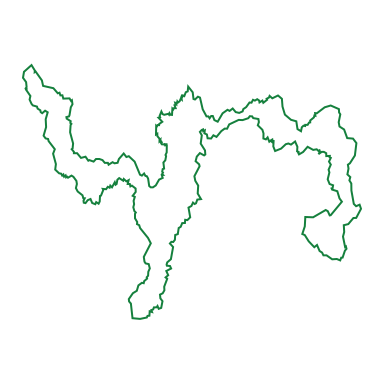 the district of Bolivar, Santander, Colombia
{"feature_id": "7082276B39966756415454", "entity_name": "Bolivar", "entity_type": "district", "adm_level": 2, "iso_a3": "COL", "parent_name": "Colombia", "parent_adm1": "Santander", "projection": "equal_earth", "projection_center": [-74.199, 6.059], "detail": "fine", "context": "isolated", "style": "outline", "palette": "green", "viewbox_px": 384, "rotation_deg": 0, "n_neighbors": 0, "source": "geoboundaries", "source_scale": "gbopen_adm2", "svg_char_len": 5986}
<svg xmlns="http://www.w3.org/2000/svg" viewBox="0 0 384 384"><path d="M168.2,275.2L166.3,271.0L171.1,268.5L170.0,266.0L166.9,265.7L166.6,264.6L167.2,262.4L170.9,259.2L173.1,247.0L169.9,243.5L171.4,241.8L173.2,242.0L174.9,239.8L175.2,235.0L177.8,234.1L178.7,228.0L180.7,226.8L182.2,223.1L184.9,223.0L185.2,219.8L187.4,220.1L190.2,217.3L188.5,207.6L191.4,206.0L193.0,202.6L194.6,204.0L196.0,203.3L197.3,199.6L201.0,199.1L197.7,193.5L198.2,185.6L195.3,180.8L194.4,176.2L199.6,166.2L199.1,164.3L195.6,161.2L196.8,156.6L199.9,153.1L204.1,155.4L205.3,154.5L205.0,150.4L200.7,143.6L201.8,135.3L199.9,131.9L201.7,130.0L203.0,129.4L203.2,131.1L204.8,130.3L204.4,133.3L206.9,134.5L207.6,138.3L211.1,138.5L213.4,135.3L216.5,136.9L221.3,131.1L224.7,128.6L227.1,128.7L229.2,124.4L238.7,119.9L242.6,120.1L248.3,118.2L249.8,116.2L252.2,116.4L253.2,118.1L258.4,119.0L258.9,122.1L257.8,125.3L262.4,129.8L263.5,133.4L263.4,138.5L265.9,139.4L267.6,137.4L269.3,141.7L270.5,140.7L271.8,141.8L271.6,139.9L272.3,139.5L272.5,140.9L273.6,141.0L273.3,146.4L275.1,151.0L281.1,148.6L285.8,144.2L288.4,143.5L291.0,144.6L295.1,141.5L297.4,146.8L297.1,151.3L298.6,151.9L298.6,152.8L297.9,152.1L299.0,154.4L303.1,152.0L307.6,146.8L313.2,149.9L316.7,149.3L318.4,150.9L319.5,150.3L320.0,151.7L318.5,154.1L321.7,151.9L323.9,151.9L326.2,153.2L326.3,156.1L329.8,155.9L329.6,157.3L330.8,157.9L329.0,161.6L330.8,164.6L328.6,169.7L329.4,172.4L327.7,179.3L329.6,184.0L333.1,185.3L332.6,188.1L331.6,188.4L332.1,189.6L337.3,191.2L339.5,198.4L341.9,201.7L330.7,215.2L329.7,215.4L327.8,211.2L325.7,210.0L313.1,217.3L305.3,217.0L304.8,226.4L302.3,234.0L304.8,235.1L308.7,241.3L314.3,247.2L317.0,245.0L319.6,251.0L322.1,252.6L323.4,255.3L326.5,255.3L332.2,259.3L336.8,259.0L340.2,260.4L341.2,257.7L342.6,257.6L344.9,250.7L346.5,248.8L345.9,246.4L345.1,247.0L343.0,236.6L344.2,232.0L343.8,225.2L348.3,224.1L353.4,218.0L356.2,217.9L361.0,208.8L359.6,204.7L356.1,206.2L353.8,203.9L351.4,190.5L351.3,183.5L349.4,180.4L350.3,177.1L347.4,174.4L348.5,168.6L347.9,164.7L349.9,163.3L354.9,155.5L356.4,143.1L353.0,138.6L347.2,138.1L344.1,129.5L339.5,126.5L338.7,122.2L340.3,114.3L339.1,112.5L338.9,109.1L330.7,105.5L324.7,107.3L316.8,113.3L315.1,113.1L315.4,115.8L314.4,115.5L313.9,117.4L310.2,120.5L310.2,122.4L309.0,122.6L307.6,124.9L305.2,124.9L305.1,126.0L303.5,125.7L301.8,127.3L301.0,131.2L297.5,129.1L296.3,121.3L291.0,119.8L284.9,114.6L282.5,106.6L281.9,98.8L278.0,95.5L272.3,98.3L269.6,95.9L269.0,97.5L266.6,98.8L267.1,99.8L263.3,102.8L262.4,100.6L259.5,102.4L259.1,100.5L257.2,99.2L254.9,100.6L253.0,99.8L251.5,102.7L249.5,102.5L246.2,107.1L243.3,109.1L242.6,111.4L239.2,112.9L235.7,112.1L232.7,108.5L229.6,110.9L227.5,109.8L222.6,113.3L217.7,121.7L214.4,120.1L212.8,116.0L211.2,116.0L209.6,118.3L208.4,116.4L206.5,116.4L202.7,109.3L200.0,97.6L197.9,96.7L195.0,99.5L193.5,99.0L192.7,92.3L188.2,86.6L187.7,91.4L185.8,92.2L184.3,96.1L183.1,95.5L182.4,96.8L182.3,94.6L181.3,97.1L181.7,99.6L180.7,98.8L179.6,101.3L178.0,102.5L177.4,101.6L177.1,103.6L176.4,101.7L176.4,104.3L175.3,103.4L175.6,104.8L174.5,105.2L175.6,108.1L174.0,108.1L173.3,109.4L172.4,108.5L172.0,114.9L170.5,114.8L169.5,113.2L169.0,114.6L168.4,113.8L164.2,114.8L162.6,114.1L161.4,111.5L159.6,116.0L160.1,117.3L158.5,117.7L162.3,121.8L159.2,124.0L159.1,125.1L157.8,125.0L157.0,126.3L156.2,125.6L156.0,134.5L157.3,133.7L157.4,136.2L159.5,138.7L159.5,141.0L160.4,139.9L160.3,141.3L161.3,141.4L161.7,142.3L160.8,142.7L161.8,144.3L164.5,144.5L164.9,143.3L164.9,144.4L166.0,144.3L165.5,145.3L166.8,145.3L166.7,152.4L165.5,155.0L166.1,156.1L165.3,160.3L163.4,162.5L164.1,168.6L162.7,169.1L162.2,171.7L163.0,172.6L162.1,174.1L163.1,175.0L161.8,175.2L162.7,177.9L159.1,179.6L155.8,185.4L153.0,187.3L150.7,187.3L149.2,186.0L148.1,178.5L146.8,176.2L145.4,175.9L144.1,173.5L141.9,175.6L140.0,174.7L134.6,161.6L128.8,156.2L126.4,157.0L123.7,153.5L118.9,159.0L117.6,162.8L114.5,163.3L112.6,162.2L108.6,164.7L107.9,162.9L104.8,162.9L102.5,160.1L99.4,159.0L96.0,159.0L93.6,161.6L89.3,160.1L88.3,160.7L85.5,156.7L81.0,157.9L77.1,153.2L73.9,153.2L73.9,151.8L71.7,149.2L72.6,148.4L73.1,143.5L70.1,132.3L70.6,125.0L71.4,123.9L70.3,122.9L70.7,121.2L66.7,118.6L66.4,117.1L69.0,116.4L69.5,115.2L70.8,107.3L72.5,104.2L71.9,100.3L71.1,101.0L69.5,98.4L63.3,98.6L62.4,95.3L60.4,95.4L59.5,92.7L57.8,93.3L53.4,88.2L43.1,85.9L41.9,80.4L35.6,71.5L34.7,72.1L34.8,70.5L31.5,65.1L24.0,71.8L23.0,77.8L26.1,82.1L26.6,87.1L25.7,88.3L26.6,89.0L26.0,89.6L30.4,96.0L29.6,99.6L31.5,103.8L32.8,105.4L37.0,106.6L37.6,108.6L40.3,110.3L40.7,112.1L42.2,113.2L45.1,110.7L47.7,112.3L45.7,119.2L46.1,127.1L43.6,135.7L45.6,138.4L48.1,139.0L48.6,141.1L54.8,149.2L53.1,153.7L55.9,164.1L55.2,169.6L59.1,173.3L61.2,173.7L62.2,175.6L63.4,174.5L64.1,176.7L65.6,175.4L66.1,177.3L67.0,176.6L68.0,177.7L71.5,175.6L73.4,176.8L76.4,180.9L76.9,184.0L75.9,188.1L77.7,191.5L82.5,195.3L83.3,198.2L84.7,198.3L83.5,200.8L83.8,202.7L85.5,203.1L87.7,200.2L90.5,199.0L92.2,203.0L95.3,204.2L96.2,202.1L98.6,203.7L99.7,201.5L100.0,196.0L101.0,195.6L103.3,189.9L102.8,188.9L106.1,189.2L107.8,186.8L109.6,187.7L110.3,185.6L112.0,187.3L114.8,182.2L115.6,184.7L116.6,184.0L117.4,179.7L119.2,178.1L123.2,180.7L123.8,179.0L126.4,181.4L128.6,180.2L127.7,184.0L129.8,184.0L130.4,186.4L131.9,185.6L135.6,188.5L135.7,191.9L132.7,195.8L134.8,196.9L133.6,200.9L134.1,204.2L133.3,207.2L134.4,211.1L135.8,212.5L135.0,213.8L135.0,218.3L137.2,222.0L137.0,224.1L139.2,225.2L140.1,228.1L148.0,237.9L150.8,243.3L143.8,256.9L144.5,261.7L145.6,263.4L148.7,264.1L149.8,268.4L148.3,271.8L148.1,275.7L146.7,277.3L147.1,278.6L144.2,281.1L143.7,283.2L141.9,282.8L138.4,285.4L136.8,290.8L132.9,293.2L128.8,299.1L129.1,301.5L130.9,303.6L132.5,318.2L140.1,318.9L146.8,317.5L147.5,315.9L149.4,315.7L149.7,311.3L152.0,312.0L151.3,310.1L153.2,309.4L153.9,307.4L156.6,307.3L157.5,306.0L158.7,308.8L161.2,307.9L162.5,301.2L160.4,298.4L160.0,294.6L162.7,293.3L164.4,290.3L164.2,286.7L167.2,278.8L165.6,277.4L168.2,275.2Z" fill="none" stroke="#15803d" stroke-width="2"/></svg>